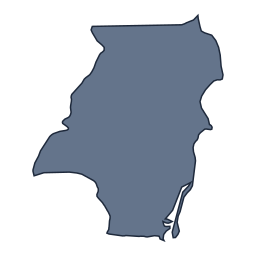 Stann Creek, Albers equal-area conic projection
{"feature_id": "BLZ-1355", "entity_name": "Stann Creek", "entity_type": "District", "adm_level": 1, "iso_a3": "BLZ", "parent_name": "Belize", "parent_adm1": "", "projection": "albers", "projection_center": [-88.471, 16.817], "detail": "fine", "context": "isolated", "style": "filled", "palette": "slate", "viewbox_px": 256, "rotation_deg": 0, "n_neighbors": 0, "source": "natural_earth", "source_scale": "10m", "svg_char_len": 2071}
<svg xmlns="http://www.w3.org/2000/svg" viewBox="0 0 256 256"><path d="M197.9,15.4L198.2,18.5L200.0,26.6L201.3,31.0L204.5,32.8L211.7,35.2L215.8,40.6L218.6,47.4L220.2,55.1L221.1,66.3L223.0,74.9L222.3,79.0L220.1,79.9L217.2,79.8L213.8,81.0L210.2,84.5L205.5,89.8L201.7,96.0L200.0,101.6L201.5,108.1L208.1,118.6L209.5,124.6L210.0,124.7L211.2,125.6L212.1,127.2L211.8,129.2L210.5,129.6L206.1,129.0L204.7,129.2L200.4,132.7L198.6,134.8L198.0,138.0L197.2,139.8L195.5,141.5L193.9,143.9L193.1,147.6L193.5,151.8L195.1,157.3L195.5,160.8L192.4,185.8L190.3,189.7L187.3,192.7L183.9,197.2L180.1,211.6L178.2,216.0L177.1,222.3L179.3,231.1L177.9,234.4L175.5,237.5L173.2,237.7L172.2,232.2L182.8,192.1L188.5,186.1L190.7,182.5L181.7,187.1L172.6,210.3L165.3,218.9L167.5,219.2L172.2,221.5L169.9,222.7L168.2,223.2L166.1,222.9L163.0,221.5L163.7,224.6L164.5,226.1L166.3,226.5L169.9,226.3L169.9,228.5L166.3,231.0L163.7,234.5L163.1,238.8L164.0,240.6L160.1,239.0L159.2,236.3L157.8,236.0L154.4,235.7L147.4,236.9L145.9,236.8L144.0,236.3L140.5,236.2L139.1,236.4L125.8,235.5L124.8,235.8L122.7,235.9L109.0,234.0L106.9,233.1L107.5,231.6L108.1,230.7L108.8,229.3L108.9,227.8L109.1,226.7L109.5,220.8L110.0,218.7L110.1,217.4L110.1,216.1L109.4,214.4L108.1,211.7L107.2,210.4L106.4,208.8L105.5,207.4L104.8,206.0L103.7,204.6L102.6,202.8L98.5,198.3L97.0,196.3L96.9,194.5L98.2,191.3L98.3,189.8L98.2,188.4L97.3,186.9L96.3,183.9L95.4,182.3L93.7,180.7L81.9,174.2L76.9,173.0L69.3,172.1L43.9,172.7L34.1,175.8L33.0,171.3L33.0,169.9L34.9,162.9L38.5,156.2L40.5,150.9L49.8,136.5L51.5,134.9L53.3,133.7L59.8,131.4L65.8,130.4L67.2,130.0L68.3,129.2L68.4,128.0L67.1,126.6L62.7,123.4L62.4,122.1L63.0,120.9L64.9,119.1L68.1,117.6L69.3,116.7L70.1,115.5L70.7,114.0L71.1,112.2L70.5,107.8L70.6,106.0L71.4,101.2L71.5,99.1L71.1,97.7L71.2,96.1L71.8,94.4L81.9,83.2L84.3,79.1L85.9,77.6L89.8,74.7L91.9,71.7L94.0,67.7L96.0,62.0L99.5,54.9L100.6,53.3L102.5,52.0L104.1,50.4L104.2,47.4L101.9,44.9L97.2,40.9L92.4,32.8L91.1,29.9L92.3,26.4L181.7,24.8L184.8,23.7L186.6,22.7L193.5,20.0L197.9,15.4Z" fill="#64748b" stroke="#1e293b" stroke-width="1.5"/></svg>